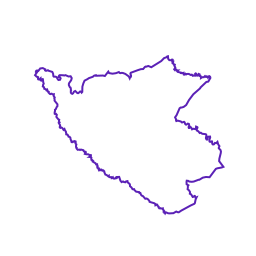 outline of Boende, Équateur, Democratic Republic of the Congo, rotated 10°
{"feature_id": "63176286B77918114228452", "entity_name": "Boende", "entity_type": "district", "adm_level": 2, "iso_a3": "COD", "parent_name": "Democratic Republic of the Congo", "parent_adm1": "Équateur", "projection": "natural_earth1", "projection_center": [20.931, -0.493], "detail": "fine", "context": "isolated", "style": "outline", "palette": "violet", "viewbox_px": 256, "rotation_deg": 10, "n_neighbors": 0, "source": "geoboundaries", "source_scale": "gbopen_adm2", "svg_char_len": 5785}
<svg xmlns="http://www.w3.org/2000/svg" viewBox="0 0 256 256"><g transform="rotate(10 128 128)"><path d="M98.8,75.9L96.2,80.8L94.1,80.7L87.5,82.1L87.3,81.6L86.6,81.8L85.5,82.4L84.4,83.7L80.8,85.7L79.6,86.9L77.0,88.9L76.3,91.7L75.9,95.2L76.7,100.4L76.2,101.2L75.5,100.4L74.6,100.3L73.0,102.3L72.1,102.4L69.6,100.7L68.5,101.6L67.9,103.3L67.3,104.0L66.5,103.9L65.6,103.2L65.2,101.3L65.4,100.7L65.0,100.1L64.9,99.3L64.4,98.2L63.7,98.0L62.3,96.0L62.1,94.8L62.3,93.8L63.7,90.9L63.9,89.3L63.9,88.6L62.5,87.0L60.5,87.6L57.3,86.8L56.0,87.4L55.2,87.3L51.6,87.8L51.0,88.4L50.8,89.5L51.0,89.9L51.6,89.9L51.7,89.5L53.0,90.7L52.7,92.3L51.2,92.8L50.5,92.3L48.8,90.3L47.8,90.0L46.0,90.3L45.5,89.9L44.8,87.5L43.7,85.9L39.8,85.4L39.1,85.0L37.7,85.8L36.8,85.9L36.3,85.6L36.3,84.6L33.7,83.8L31.2,84.6L29.8,87.3L28.5,87.1L27.7,87.6L27.5,88.8L27.8,89.1L28.3,88.8L28.7,88.9L27.3,92.1L29.2,93.4L30.2,93.3L30.7,93.6L30.8,95.3L31.2,95.7L32.2,95.7L33.3,94.2L33.9,96.3L34.4,96.4L35.3,94.7L35.7,94.7L36.6,97.7L37.3,99.0L36.8,100.5L37.0,101.1L36.9,101.9L38.3,102.5L38.7,103.9L40.3,104.1L41.1,105.0L41.7,104.2L42.9,106.0L43.3,106.5L43.6,106.4L43.6,106.9L45.1,108.0L45.7,108.1L46.5,107.5L47.0,107.5L48.0,108.0L49.1,107.6L49.3,109.5L50.5,110.6L50.2,111.4L50.7,112.3L50.9,113.8L54.4,116.9L54.7,118.8L54.1,119.8L53.6,122.0L52.9,122.7L53.2,124.1L53.0,125.1L53.3,126.7L53.7,126.9L54.5,126.5L55.6,127.4L55.5,129.4L55.8,129.8L58.0,131.6L58.8,131.8L58.8,133.4L59.6,134.3L58.9,135.0L60.7,137.1L60.6,139.0L60.8,139.4L61.5,139.6L62.0,139.0L62.3,139.0L63.4,139.5L64.8,141.0L65.6,140.0L66.3,141.2L67.5,142.4L67.8,143.6L68.3,144.1L68.3,145.0L69.8,145.2L71.0,146.9L72.0,146.8L73.0,147.7L73.3,148.9L74.3,150.4L75.0,150.8L74.7,151.4L74.9,151.7L75.5,151.7L75.9,151.1L76.9,151.0L77.3,150.2L78.7,150.3L79.0,151.0L78.8,151.9L79.1,152.5L80.0,153.1L79.9,154.3L80.1,155.6L80.4,156.2L80.9,156.4L80.9,157.1L82.2,158.2L83.8,157.7L84.6,158.0L85.4,157.4L87.9,157.6L88.4,158.5L89.5,158.7L89.6,159.2L90.5,158.9L90.7,159.2L90.1,161.0L91.6,161.1L93.5,160.8L94.4,161.2L96.2,161.2L96.3,162.0L95.0,163.2L96.2,163.1L97.1,163.6L97.1,164.6L97.6,165.8L98.4,165.8L99.4,166.5L99.1,167.2L102.2,168.4L102.9,169.4L103.9,169.1L104.2,170.2L104.8,170.8L104.4,171.6L104.9,172.6L106.1,172.7L106.2,173.8L106.7,174.5L107.2,173.7L107.8,174.3L108.1,173.8L108.9,174.0L109.2,173.6L109.8,173.9L110.2,174.5L111.1,174.0L112.2,174.8L112.2,175.4L113.8,177.8L115.1,178.0L116.7,178.9L117.4,178.3L117.6,179.3L118.2,179.6L120.1,179.3L120.5,180.1L121.6,179.1L122.1,180.1L123.1,180.3L124.9,179.6L124.4,179.3L125.1,178.3L127.8,177.7L129.7,181.2L131.1,182.4L132.4,181.5L133.3,181.9L134.8,181.9L135.4,180.9L136.7,180.4L137.2,181.7L138.0,182.0L139.6,183.1L140.1,185.0L141.7,185.9L143.1,187.5L144.7,187.2L145.0,187.9L147.1,189.3L150.2,189.2L150.6,190.1L151.5,189.9L152.3,191.4L153.3,192.2L154.6,192.5L157.3,194.7L158.6,194.2L160.0,194.7L161.7,196.1L162.1,197.0L166.8,197.5L168.0,198.0L168.4,199.3L169.6,198.3L170.1,198.4L170.5,199.3L171.9,200.2L171.9,201.0L172.8,201.7L173.9,201.3L174.4,201.6L176.3,201.1L176.4,202.0L177.3,202.7L177.6,204.1L178.3,203.7L178.5,203.9L178.6,205.2L179.1,205.2L179.4,205.6L179.7,204.8L180.3,204.5L182.3,205.0L183.6,204.9L187.5,204.0L190.0,201.9L191.6,202.3L192.6,202.2L194.8,200.1L203.2,193.4L206.5,191.1L206.9,190.3L207.0,186.6L207.6,184.3L206.6,184.9L205.6,183.3L205.3,183.3L204.2,184.5L203.7,184.7L201.7,182.4L200.3,182.0L200.2,180.3L198.9,178.8L197.3,177.9L197.3,176.3L197.0,174.7L197.4,173.9L195.5,173.2L195.0,171.0L195.0,169.7L196.5,169.6L197.6,170.1L200.2,169.9L202.1,169.3L206.5,166.7L207.2,166.6L210.3,163.9L213.3,162.7L216.9,162.3L221.6,153.0L222.9,152.2L227.2,150.6L228.7,149.7L223.5,144.8L223.3,142.4L223.7,136.5L223.6,135.0L222.9,133.6L220.9,132.2L220.8,131.8L221.2,130.0L219.7,128.5L218.5,126.1L217.5,127.6L216.2,127.6L215.5,129.1L214.6,129.5L213.7,128.9L213.1,126.6L212.7,126.6L211.6,127.3L210.8,127.3L210.5,126.9L210.2,125.5L210.6,123.1L210.3,122.2L208.6,122.6L208.2,123.1L208.0,125.6L207.4,125.7L206.6,124.8L206.4,123.7L206.6,122.0L206.1,120.8L205.3,120.6L202.1,120.8L200.5,120.0L199.5,120.5L197.8,119.0L196.2,118.5L195.9,117.5L196.3,115.9L196.3,115.3L195.8,115.0L194.8,114.8L194.9,116.6L194.4,117.4L192.5,117.4L191.3,118.2L190.5,117.0L189.5,116.2L188.5,117.3L187.9,117.4L187.5,116.6L187.9,114.9L187.2,113.4L186.1,113.3L185.0,114.5L184.4,114.6L183.6,114.1L182.8,112.6L182.1,112.2L180.2,113.2L178.9,112.4L175.7,112.1L174.9,112.2L174.7,112.7L174.4,112.8L174.0,112.2L173.7,110.9L172.5,109.3L173.6,107.0L175.4,99.6L176.3,98.7L177.1,98.6L179.1,97.6L181.3,95.3L183.2,89.9L186.5,83.4L192.2,76.3L192.3,75.6L196.9,69.4L197.2,69.0L198.8,68.5L199.1,68.1L200.4,64.5L199.4,64.1L199.8,63.2L199.2,62.8L198.0,63.3L197.8,64.3L197.3,63.7L196.6,64.0L196.3,63.6L195.6,64.1L194.8,63.5L193.9,64.8L192.3,65.1L191.2,66.1L191.1,65.2L190.5,64.3L189.9,64.4L189.4,65.1L189.6,63.6L188.4,63.4L188.7,62.6L188.2,62.5L188.0,63.8L187.5,64.3L186.5,63.8L185.6,62.6L185.1,62.5L184.7,63.1L185.3,64.0L185.4,64.7L184.6,64.6L183.9,65.1L182.8,64.8L182.5,65.2L181.5,64.4L180.6,64.9L178.5,64.2L176.4,64.6L175.9,65.2L175.5,65.2L175.1,64.7L174.2,65.7L173.7,65.7L173.2,64.0L172.2,64.6L170.9,64.7L171.0,64.3L167.2,64.1L166.6,63.6L167.2,62.7L166.4,62.9L165.4,62.0L164.7,62.0L164.2,62.9L163.3,62.2L164.1,60.2L163.0,58.8L163.1,57.6L162.1,57.6L161.7,56.8L160.6,56.5L160.4,55.7L161.0,55.7L161.0,54.4L159.7,54.3L159.3,53.7L160.1,53.5L160.1,53.0L159.5,52.9L158.6,53.8L156.9,54.0L155.5,52.8L154.9,50.4L154.2,50.7L153.5,51.7L151.4,52.9L149.1,56.3L140.4,64.1L137.2,63.4L135.2,64.5L134.8,64.4L134.0,65.0L132.7,67.3L130.5,67.8L127.5,69.4L121.2,73.1L120.9,73.8L121.4,75.2L121.8,75.5L122.0,76.6L121.7,77.6L121.1,78.1L121.0,78.7L119.9,77.1L116.0,75.2L113.4,74.7L112.2,74.8L111.0,75.3L110.2,75.2L109.3,74.5L106.6,76.1L103.3,77.2L99.8,77.2L98.8,75.9Z" fill="none" stroke="#5b21b6" stroke-width="2"/></g></svg>